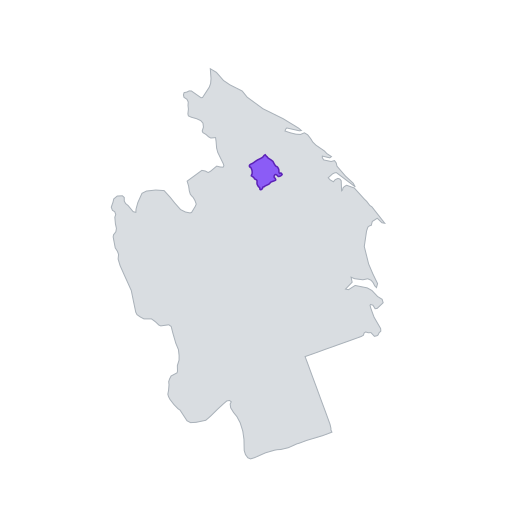 location of Mougalaba, Ngounié, Gabon, rotated 160°
{"feature_id": "22940354B67008732943825", "entity_name": "Mougalaba", "entity_type": "district", "adm_level": 2, "iso_a3": "GAB", "parent_name": "Gabon", "parent_adm1": "Ngounié", "projection": "equal_earth", "projection_center": [10.772, -2.045], "detail": "fine", "context": "in_parent", "style": "filled", "palette": "violet", "viewbox_px": 512, "rotation_deg": 160, "n_neighbors": 0, "source": "geoboundaries", "source_scale": "gbopen_adm2", "svg_char_len": 4950}
<svg xmlns="http://www.w3.org/2000/svg" viewBox="0 0 512 512"><g transform="rotate(160 256 256)"><path d="M333.8,73.0L333.6,77.3L330.0,87.9L328.3,96.0L327.9,104.7L328.9,111.7L330.6,116.6L331.7,122.0L330.9,125.8L329.1,127.4L330.3,129.3L333.0,129.8L337.5,128.1L344.4,125.2L353.4,121.1L359.4,118.8L369.2,120.2L374.5,121.8L377.2,124.8L380.1,137.2L381.5,139.1L383.9,144.4L385.9,150.7L386.3,153.9L386.1,156.3L384.1,159.7L381.8,164.7L381.0,167.8L379.2,170.1L376.8,172.3L370.2,173.2L369.2,174.5L367.4,179.9L363.9,184.5L362.3,188.8L360.9,194.5L361.2,201.6L360.5,211.9L359.8,218.8L361.5,221.2L369.4,222.9L370.9,224.3L373.0,228.6L375.7,232.6L382.8,235.2L385.6,238.3L387.9,241.6L388.2,244.4L386.6,255.5L385.0,266.2L385.6,274.3L386.2,282.1L387.0,293.4L386.6,300.3L384.6,304.5L384.6,307.8L385.5,311.8L383.7,322.8L382.6,324.7L379.4,326.7L377.7,329.7L377.1,334.3L375.4,340.7L373.6,343.0L373.6,345.9L375.3,348.1L375.3,351.4L372.1,355.3L370.1,358.3L365.9,359.8L361.0,358.3L359.8,356.1L361.0,352.7L360.6,349.9L358.9,347.1L356.3,339.7L354.0,338.1L352.7,341.1L348.7,346.7L341.7,353.9L336.7,354.5L327.7,352.3L320.0,348.9L316.5,340.4L314.2,333.5L311.0,325.4L307.3,321.5L303.4,319.1L301.7,318.9L296.1,323.4L294.4,325.2L294.4,329.0L295.0,332.5L295.8,334.2L296.6,336.5L296.4,340.0L295.4,344.7L295.1,349.9L277.6,355.0L274.6,353.2L272.4,350.8L269.7,351.2L262.2,353.9L259.4,352.0L256.6,350.7L255.3,351.8L255.2,354.0L256.5,366.3L256.1,370.9L254.4,377.0L253.5,381.1L258.1,382.3L259.8,384.2L261.4,387.3L263.7,390.1L263.8,391.9L261.3,395.1L260.4,399.0L261.6,402.1L264.8,405.3L269.4,408.6L271.6,410.8L271.4,412.8L269.3,417.1L268.4,420.7L267.0,423.9L267.3,426.9L269.4,429.7L269.1,432.2L267.7,434.1L264.9,433.7L262.4,434.0L260.3,433.2L253.5,423.5L252.0,423.2L242.1,430.7L239.6,433.7L237.6,438.1L234.9,447.6L230.4,442.1L226.5,432.0L222.0,425.8L212.5,415.7L210.0,408.3L199.1,392.0L183.5,375.7L172.2,361.5L170.5,358.4L172.4,358.8L183.3,365.8L184.8,365.0L186.0,363.5L181.3,359.8L176.8,356.8L172.6,355.0L168.4,355.2L166.0,352.2L164.5,347.6L163.7,343.7L161.8,339.7L155.8,331.3L154.4,328.0L151.1,323.6L153.1,323.0L159.5,327.2L160.1,325.6L159.5,323.1L153.1,319.1L149.6,318.8L148.8,316.0L149.2,312.7L144.6,300.5L139.8,291.3L139.1,287.0L152.0,306.9L153.7,307.2L156.0,307.0L161.4,304.8L160.3,302.2L157.9,299.3L155.6,300.6L152.5,300.9L150.9,299.7L150.2,297.6L153.3,288.0L152.0,288.5L151.0,290.2L149.3,291.0L146.7,291.5L140.4,286.3L134.7,272.3L133.3,269.5L131.8,264.6L130.3,262.6L123.8,242.7L126.3,244.2L129.2,250.0L134.9,248.7L137.2,245.4L139.1,245.5L141.1,244.8L143.6,241.6L151.0,227.9L152.9,209.9L152.3,199.1L151.2,188.5L153.6,185.1L154.6,187.3L155.1,191.1L156.2,193.9L158.8,196.4L163.7,197.1L171.2,201.0L173.9,203.6L174.6,198.5L183.2,194.3L180.6,192.7L172.9,194.4L162.4,188.0L158.9,184.0L155.6,176.3L152.3,172.2L152.5,168.6L160.1,165.3L162.1,165.7L162.9,169.7L164.9,171.3L165.7,170.7L166.0,167.3L166.0,158.2L163.7,145.2L164.4,142.7L166.5,141.8L168.4,140.0L169.6,139.7L172.2,140.0L173.5,143.1L174.2,144.7L176.8,145.5L178.9,147.1L180.7,146.7L182.2,144.8L184.5,144.4L191.3,144.4L197.6,144.4L210.0,144.5L222.5,144.6L234.9,144.6L244.3,144.7L244.2,137.2L244.2,125.7L244.1,112.1L244.1,99.0L244.0,86.9L244.0,72.7L244.5,68.6L245.1,66.9L244.9,64.5L254.5,64.4L271.9,65.4L279.5,65.3L281.7,65.5L291.2,64.8L298.9,65.7L302.2,66.7L305.1,67.2L314.3,67.8L326.4,67.0L330.5,67.2L332.7,69.2L333.8,73.0Z" fill="#d9dde1" stroke="#a8b0b8" stroke-width="1"/><path d="M231.5,341.8L231.0,341.6L230.7,341.1L230.5,340.0L230.5,338.9L230.5,337.7L230.7,336.9L230.9,336.1L231.2,335.4L231.4,334.9L231.7,334.3L232.1,334.1L232.4,333.8L232.7,333.4L233.0,333.0L231.9,331.5L231.4,330.7L231.1,329.9L231.0,329.0L230.7,328.6L230.4,328.4L229.5,327.3L229.3,326.7L229.4,326.1L229.7,325.3L230.1,324.3L230.4,323.3L230.3,322.0L230.1,320.7L229.7,319.8L229.3,319.0L229.2,318.4L229.4,317.9L229.5,317.2L229.2,316.8L228.7,316.6L227.8,316.7L227.2,317.0L226.6,317.5L226.0,318.3L225.6,318.5L225.0,318.3L224.4,318.3L224.1,318.5L223.5,318.7L222.3,318.8L221.2,318.9L219.3,319.1L218.3,319.5L217.7,319.9L216.6,320.4L215.5,320.4L213.3,320.4L211.7,320.5L211.4,320.9L211.3,321.4L211.4,322.1L211.5,322.7L211.8,323.1L212.0,323.5L212.0,324.0L211.8,324.5L211.4,325.2L210.9,325.6L210.2,325.9L209.7,325.9L209.2,325.6L208.8,325.1L208.4,324.3L208.1,323.5L207.9,323.1L207.0,322.8L205.6,322.8L204.5,323.1L203.9,323.4L203.5,323.8L203.9,325.1L204.2,325.5L204.5,325.6L204.9,325.4L205.3,325.3L205.7,325.9L205.8,326.5L205.6,327.5L205.4,328.1L205.1,329.0L205.0,330.0L205.1,330.7L205.2,331.6L205.4,332.3L205.9,333.0L206.4,333.4L206.7,333.8L207.0,334.7L207.2,335.5L207.4,336.5L207.5,337.3L207.6,338.4L207.8,339.3L208.3,340.0L208.8,340.9L210.5,343.1L211.1,343.9L211.4,344.7L211.6,345.4L212.0,346.0L212.3,346.7L212.5,347.3L212.7,348.0L213.8,347.8L214.7,347.3L215.6,346.7L217.0,346.3L219.2,346.0L221.6,345.8L223.3,345.4L224.5,345.1L226.1,344.6L227.9,344.2L228.9,344.2L230.4,343.9L231.1,343.5L231.5,342.8L231.5,341.8Z" fill="#8b5cf6" stroke="#5b21b6" stroke-width="1.5"/></g></svg>